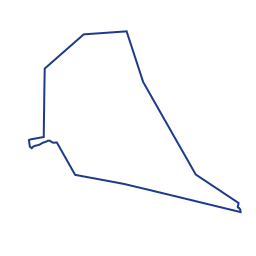 outline of Veracruz, Copán, Honduras, rotated 172°
{"feature_id": "27666195B16497975413079", "entity_name": "Veracruz", "entity_type": "district", "adm_level": 2, "iso_a3": "HND", "parent_name": "Honduras", "parent_adm1": "Copán", "projection": "robinson", "projection_center": [-88.814, 14.889], "detail": "fine", "context": "isolated", "style": "outline", "palette": "blue", "viewbox_px": 256, "rotation_deg": 172, "n_neighbors": 0, "source": "geoboundaries", "source_scale": "gbopen_adm2", "svg_char_len": 1187}
<svg xmlns="http://www.w3.org/2000/svg" viewBox="0 0 256 256"><g transform="rotate(172 128 128)"><path d="M205.0,124.4L204.1,123.8L200.5,123.6L186.9,89.0L185.5,88.5L139.6,73.1L128.4,68.7L100.7,57.8L28.3,29.1L28.3,29.3L28.3,29.6L28.2,29.7L28.2,29.9L28.2,30.1L28.2,30.4L28.2,30.5L28.2,30.8L28.2,31.0L28.2,31.3L28.2,31.5L28.3,31.6L28.3,31.8L28.4,32.0L28.6,32.3L28.8,32.7L28.8,32.8L28.9,33.0L29.0,33.1L29.2,33.3L29.3,33.4L29.3,33.5L29.5,33.6L29.8,33.8L30.0,33.9L30.0,34.0L30.2,34.3L30.3,34.4L30.3,34.5L30.3,34.8L30.2,35.0L30.1,35.3L30.0,35.5L29.9,35.6L29.8,35.8L29.7,36.0L29.6,36.3L29.5,36.5L29.4,36.7L29.4,36.8L29.3,37.1L29.2,37.4L29.2,37.6L29.1,38.0L29.0,38.4L29.8,39.1L67.4,72.5L76.4,95.3L85.0,116.8L85.9,119.2L93.6,138.6L97.6,148.7L106.6,171.5L111.4,198.5L115.7,222.6L115.9,223.9L116.0,223.9L158.8,226.9L168.0,220.9L200.9,199.3L202.2,198.4L205.6,176.9L212.7,130.8L226.1,130.3L227.8,129.8L227.8,123.2L226.1,121.4L225.3,122.3L224.7,122.6L224.1,122.8L223.2,123.2L222.1,123.3L220.4,123.5L219.0,123.6L217.7,123.9L216.8,124.3L215.8,124.7L214.9,125.1L213.4,125.4L211.5,125.8L210.1,126.1L208.8,126.6L207.2,126.3L206.3,125.4L205.0,124.4Z" fill="none" stroke="#1e3a8a" stroke-width="2"/></g></svg>